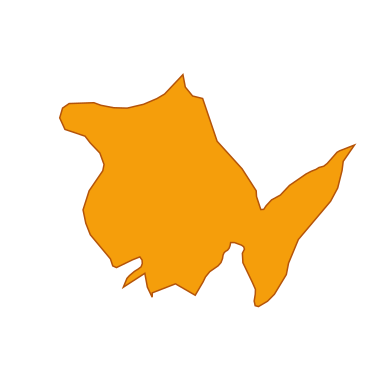 the Statistical Region of Nova Goriška, rotated 284°
{"feature_id": "SVN-260", "entity_name": "Nova Goriška", "entity_type": "Statistical Region", "adm_level": 1, "iso_a3": "SVN", "parent_name": "Slovenia", "parent_adm1": "", "projection": "natural_earth1", "projection_center": [13.71, 45.972], "detail": "fine", "context": "isolated", "style": "filled", "palette": "amber", "viewbox_px": 384, "rotation_deg": 284, "n_neighbors": 0, "source": "natural_earth", "source_scale": "10m", "svg_char_len": 1322}
<svg xmlns="http://www.w3.org/2000/svg" viewBox="0 0 384 384"><g transform="rotate(284 192 192)"><path d="M92.6,220.1L98.9,198.2L84.6,177.9L80.3,178.8L80.9,178.3L88.9,171.7L101.7,165.9L83.0,148.4L92.5,149.8L95.7,151.5L101.0,155.3L104.2,158.4L107.1,160.7L110.5,161.1L113.9,160.0L116.4,157.1L111.9,150.8L100.4,137.0L101.1,133.0L107.4,129.0L125.9,103.7L136.0,96.5L148.3,90.6L168.3,91.9L191.0,100.3L197.4,100.0L207.5,93.2L215.0,81.4L220.3,74.7L222.0,53.6L231.9,45.7L242.1,46.1L248.1,51.4L254.9,75.2L254.1,82.7L254.8,95.6L257.7,108.8L265.4,123.8L274.1,135.3L280.4,141.7L303.7,154.8L292.2,160.1L285.3,169.3L285.3,179.7L247.3,204.1L226.6,235.0L208.7,254.0L203.2,255.7L191.6,263.0L192.5,265.8L196.7,267.3L203.6,271.1L210.4,278.5L222.0,285.0L237.2,298.4L240.9,302.6L243.9,306.8L246.5,309.3L248.9,313.6L252.4,316.3L265.6,323.1L267.8,325.4L276.9,338.3L258.3,331.3L249.1,332.4L231.1,332.4L216.5,328.7L171.7,306.7L146.4,302.9L134.7,303.5L112.7,296.7L104.3,291.7L96.9,284.2L97.0,280.8L101.2,278.7L108.2,278.1L112.9,277.1L119.2,272.2L135.7,258.5L144.7,255.7L149.2,256.7L151.4,255.4L152.4,252.9L153.2,245.5L152.3,241.7L149.3,241.9L146.4,241.6L144.2,240.6L142.4,238.8L140.7,237.8L138.2,237.4L134.8,237.7L130.6,237.2L126.7,235.2L119.0,228.5L112.8,225.6L107.5,224.5L92.6,220.1Z" fill="#f59e0b" stroke="#b45309" stroke-width="1.5"/></g></svg>